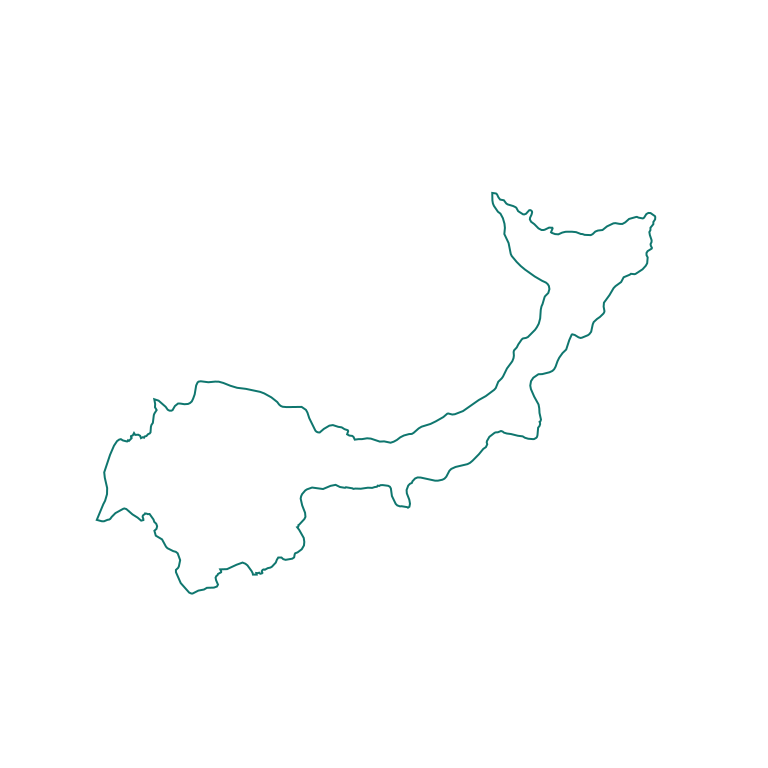 Samakkhixay, Attapu, Laos, rotated 63°
{"feature_id": "54806243B43927962205569", "entity_name": "Samakkhixay", "entity_type": "district", "adm_level": 2, "iso_a3": "LAO", "parent_name": "Laos", "parent_adm1": "Attapu", "projection": "albers", "projection_center": [106.794, 14.975], "detail": "fine", "context": "isolated", "style": "outline", "palette": "teal", "viewbox_px": 768, "rotation_deg": 63, "n_neighbors": 0, "source": "geoboundaries", "source_scale": "gbopen_adm2", "svg_char_len": 6133}
<svg xmlns="http://www.w3.org/2000/svg" viewBox="0 0 768 768"><g transform="rotate(63 384 384)"><path d="M262.9,200.8L269.7,204.1L272.6,205.0L275.2,205.2L282.2,204.3L285.1,202.9L290.3,202.8L295.9,203.9L299.8,205.4L305.0,208.7L315.0,209.0L325.6,212.0L327.9,212.1L335.4,210.4L341.0,208.6L346.1,206.4L356.6,200.9L363.8,196.3L367.1,193.7L369.3,192.8L371.5,192.6L374.5,193.5L377.5,196.3L378.9,200.6L379.5,201.5L384.8,206.5L386.3,208.4L389.0,210.6L396.5,215.1L400.5,218.7L402.8,222.0L404.3,224.8L407.5,234.5L407.4,236.6L406.5,239.5L406.8,241.0L409.7,246.4L411.7,249.1L413.1,252.9L414.4,254.0L417.7,255.4L419.8,256.9L422.0,259.4L426.0,267.4L431.4,274.6L432.4,276.5L433.9,281.2L438.3,286.2L439.2,288.4L441.0,298.8L441.3,306.8L444.0,325.9L443.1,334.6L442.2,337.0L439.4,340.2L439.2,341.2L440.4,346.1L440.8,354.8L440.7,360.7L439.1,369.9L439.3,373.2L441.0,379.9L441.1,381.9L440.0,384.4L438.9,389.7L438.9,393.7L439.7,397.9L439.8,401.6L439.3,404.8L435.2,409.9L433.4,413.9L426.7,420.5L424.7,423.7L423.1,428.7L421.5,431.9L420.3,435.3L417.2,435.2L415.8,435.9L414.2,438.3L412.1,439.7L409.7,437.3L408.7,437.3L406.3,439.7L403.4,441.4L401.4,444.2L397.4,448.2L396.3,451.6L396.7,458.0L398.0,463.3L397.2,464.7L395.9,465.8L394.4,466.3L380.5,466.1L374.7,465.2L371.6,465.3L367.0,467.8L360.4,481.2L358.2,484.7L356.6,486.0L354.6,486.8L351.6,487.3L344.8,490.4L338.0,495.0L334.8,497.9L325.6,509.3L320.7,516.6L315.8,521.7L310.1,526.7L306.9,530.2L305.2,533.4L302.7,539.7L298.4,546.0L297.7,548.2L298.0,549.4L300.0,552.0L307.3,557.4L310.4,560.7L312.3,563.2L312.9,565.6L312.8,567.7L311.4,571.0L309.0,574.3L307.9,576.4L308.7,580.3L311.3,584.3L311.2,585.7L310.3,587.3L308.7,588.4L305.2,588.9L296.5,592.4L293.3,595.6L298.0,597.0L300.7,598.6L304.0,598.4L306.1,602.0L307.2,603.2L313.7,607.6L314.9,609.8L316.3,611.1L321.1,614.0L321.7,615.2L321.6,617.0L322.5,619.3L322.1,621.2L322.9,622.2L321.9,623.1L321.9,625.1L319.4,624.8L317.6,626.0L316.4,628.8L314.2,629.0L315.7,631.1L315.6,633.1L316.3,633.5L316.9,633.2L317.7,633.5L318.9,637.1L317.9,637.6L318.6,638.8L318.2,639.5L315.7,642.3L313.7,643.5L313.3,645.2L313.7,647.8L316.4,652.6L322.7,660.2L335.7,673.4L340.7,675.3L351.0,677.9L356.4,680.8L361.4,685.5L363.6,688.6L374.7,701.6L378.2,697.7L379.2,695.8L379.5,692.1L380.0,690.4L379.9,689.1L378.8,687.0L377.1,681.9L376.8,673.1L377.0,671.9L378.4,670.4L386.0,667.3L391.2,664.2L395.5,662.4L396.0,660.2L395.0,659.7L392.8,659.4L392.0,658.8L391.5,657.8L391.3,655.9L390.9,655.6L391.8,654.3L392.7,653.6L393.4,651.9L400.1,650.9L402.5,651.3L405.1,650.4L407.7,650.7L409.8,652.5L410.5,655.2L415.5,656.2L421.7,652.3L430.0,652.1L432.0,651.5L437.2,647.7L439.0,645.7L441.2,644.7L448.4,645.6L453.4,649.6L454.4,651.0L455.2,653.8L457.2,654.8L469.1,655.5L481.4,652.3L483.2,650.8L483.8,649.6L483.8,643.2L485.4,637.7L485.2,634.3L488.2,628.0L488.6,624.8L487.4,623.0L482.6,622.7L480.1,622.0L479.0,620.6L478.8,619.3L477.9,618.1L477.8,614.6L476.9,614.1L474.8,614.1L477.7,607.9L478.1,597.5L478.9,591.1L481.2,589.1L483.6,588.0L490.7,586.9L492.9,586.9L494.3,587.3L496.0,584.0L494.4,583.6L495.3,582.2L495.4,580.9L496.9,580.4L497.3,578.8L497.1,578.1L495.3,577.9L494.5,576.5L494.7,575.1L495.4,574.5L495.3,571.2L496.0,568.5L495.9,566.8L494.0,561.5L492.0,559.3L490.6,557.0L492.1,554.1L494.3,553.3L496.0,551.5L498.0,545.0L497.7,542.8L495.1,540.8L494.5,539.9L494.8,537.5L493.9,532.3L491.5,528.6L488.5,526.7L484.7,525.4L475.4,525.8L472.2,526.4L472.3,525.4L471.7,524.7L470.9,524.4L470.8,523.4L468.2,516.3L466.7,514.3L462.9,512.8L455.0,512.0L448.3,510.3L446.4,508.8L444.9,506.9L443.1,502.5L442.9,500.5L443.6,495.1L449.9,486.0L450.5,477.8L451.9,472.9L455.8,470.0L458.5,466.3L458.9,465.4L458.7,464.8L462.7,459.4L463.5,459.0L464.2,456.9L466.8,452.2L469.1,445.4L471.2,441.7L471.6,439.1L472.2,437.4L472.3,436.6L471.7,435.8L472.7,434.4L472.5,433.2L473.5,431.0L476.6,426.5L478.2,425.4L480.2,425.3L487.4,427.8L496.1,428.0L498.2,427.3L500.3,425.3L500.9,423.8L504.2,419.3L505.1,418.8L504.9,417.1L502.5,415.2L498.6,414.0L491.8,413.3L488.7,412.0L485.5,408.5L484.7,406.2L484.8,404.1L483.6,402.8L482.3,399.2L482.5,396.5L484.0,393.8L493.3,382.4L494.6,379.9L495.8,375.4L495.8,373.1L494.9,370.6L491.0,365.1L490.2,362.6L490.4,357.9L493.3,346.0L493.3,343.2L492.6,340.1L489.7,331.4L486.9,325.0L486.5,321.9L484.6,319.4L482.7,319.0L481.6,318.2L478.9,314.1L477.7,307.6L477.8,306.5L478.7,304.5L479.0,301.1L480.2,299.9L481.8,299.2L483.9,297.0L486.2,293.6L490.9,288.2L493.6,284.2L495.8,282.9L498.2,280.4L500.8,276.2L501.2,275.2L501.1,272.8L500.6,271.7L499.3,270.5L492.9,266.5L492.0,264.5L490.6,263.1L489.1,262.5L488.4,262.6L488.1,261.4L487.0,260.3L480.4,258.6L476.1,256.7L472.4,255.6L463.4,255.9L455.2,255.4L451.8,254.4L448.2,251.7L446.2,248.1L445.4,242.0L447.0,238.6L448.7,231.2L448.8,228.0L448.1,225.7L446.4,223.2L442.5,219.1L440.1,215.9L437.5,210.9L436.0,206.0L429.0,199.0L425.2,194.3L425.2,193.7L426.9,191.8L430.7,189.5L432.2,188.0L432.6,186.6L433.1,180.2L432.8,178.4L431.5,175.7L425.6,170.9L424.0,169.0L422.8,164.8L422.3,161.2L420.9,156.6L420.2,155.4L419.2,154.5L414.8,153.2L411.4,151.1L407.2,142.8L402.8,135.9L401.9,133.3L400.8,126.4L397.7,122.0L398.2,115.4L397.9,114.0L399.9,110.9L400.1,109.9L399.2,101.6L397.5,97.1L395.9,94.7L390.9,91.6L388.4,91.6L386.4,90.6L385.3,88.8L384.9,84.1L384.4,83.5L382.0,83.5L380.4,83.0L379.0,81.2L377.4,80.3L372.0,79.5L369.1,78.6L367.9,76.8L365.7,75.6L363.9,71.5L361.9,70.4L360.4,67.7L358.4,66.5L357.4,66.4L352.7,68.9L351.6,70.8L351.7,73.1L353.9,76.8L354.0,78.2L351.3,81.7L349.9,82.8L349.6,83.7L348.2,90.7L349.5,95.7L349.6,98.9L348.3,101.4L345.7,104.8L345.0,106.7L344.8,113.7L346.0,119.4L344.4,123.7L344.1,126.5L345.2,130.1L345.2,132.2L342.2,137.5L340.5,139.1L339.7,140.5L335.9,143.9L333.6,147.5L330.8,153.1L330.0,156.5L329.8,160.7L328.1,163.5L325.4,166.0L324.6,166.3L322.0,163.2L321.2,163.1L319.6,165.9L319.5,170.7L319.2,172.0L318.3,173.7L315.5,175.7L309.8,177.5L306.2,179.3L303.5,179.3L302.1,178.3L300.1,175.7L298.3,174.1L297.4,173.8L296.3,174.1L295.5,174.7L295.1,175.7L296.8,180.2L296.6,182.0L295.9,183.1L290.9,186.0L287.1,186.1L286.2,186.5L284.1,188.1L280.1,192.3L278.7,193.1L274.7,193.8L272.4,196.8L269.7,197.3L266.4,197.2L265.1,197.7L262.9,200.8Z" fill="none" stroke="#0f766e" stroke-width="2"/></g></svg>